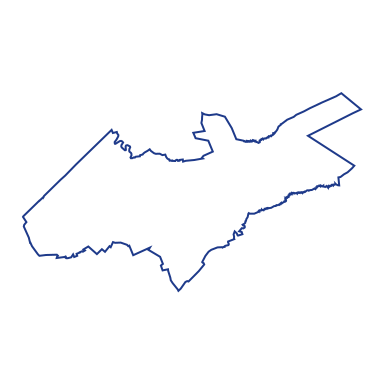 outline of Roerdalen, Limburg, Netherlands
{"feature_id": "6326949B39652859333828", "entity_name": "Roerdalen", "entity_type": "district", "adm_level": 2, "iso_a3": "NLD", "parent_name": "Netherlands", "parent_adm1": "Limburg", "projection": "orthographic", "projection_center": [6.075, 51.145], "detail": "fine", "context": "isolated", "style": "outline", "palette": "blue", "viewbox_px": 384, "rotation_deg": 0, "n_neighbors": 0, "source": "geoboundaries", "source_scale": "gbopen_adm2", "svg_char_len": 6043}
<svg xmlns="http://www.w3.org/2000/svg" viewBox="0 0 384 384"><path d="M76.0,164.5L65.2,175.6L60.5,179.8L44.0,196.0L43.6,196.8L43.6,197.1L43.4,197.4L43.3,197.1L39.3,200.9L39.2,200.8L23.4,216.2L23.0,216.9L26.4,222.1L24.2,224.8L23.8,226.5L28.8,237.6L30.1,242.8L30.4,242.7L32.0,246.2L37.9,254.3L39.4,255.8L46.0,255.0L56.8,254.7L57.9,255.7L57.0,256.9L56.7,258.0L64.5,257.0L65.6,256.5L66.2,257.5L65.7,257.8L66.2,258.2L67.8,258.2L71.2,257.3L73.1,254.4L74.2,257.0L77.2,255.8L76.6,253.8L79.9,252.5L79.8,252.2L82.2,251.2L82.9,251.7L84.9,250.5L83.5,249.4L88.3,246.5L96.9,254.1L101.9,249.2L105.0,251.8L109.5,246.2L110.7,247.2L113.0,242.1L115.1,242.8L120.7,242.6L127.0,244.8L128.3,246.2L129.3,245.7L133.2,255.2L149.9,247.6L148.5,249.9L160.1,256.8L162.9,263.9L160.9,265.5L162.6,270.4L168.0,269.3L168.2,271.0L170.3,277.6L170.8,280.3L172.7,283.2L177.7,289.4L178.4,290.8L180.7,288.7L185.4,282.0L187.2,281.1L188.5,281.5L198.8,271.1L204.2,264.5L203.6,263.1L202.7,262.7L202.2,262.1L205.4,255.9L208.6,251.7L211.3,249.8L217.5,247.4L221.7,247.2L222.6,247.6L223.2,247.0L224.6,246.9L224.6,246.3L225.3,245.8L228.4,245.1L228.7,244.6L228.8,244.0L228.0,242.1L228.1,241.5L234.3,239.1L234.0,238.5L234.1,236.7L233.6,234.4L234.7,231.4L236.8,233.4L237.6,235.3L238.0,235.6L242.4,234.2L241.7,232.0L239.2,231.3L241.8,228.2L243.4,228.4L244.7,227.5L244.8,226.8L244.6,226.0L243.1,225.4L242.6,224.7L244.4,223.7L245.2,222.9L245.4,221.4L245.7,221.4L246.0,220.7L246.4,219.0L247.6,217.2L248.4,213.6L248.8,213.1L249.6,213.7L254.2,213.7L257.9,212.1L258.3,211.5L258.7,211.7L258.7,211.0L259.0,210.7L259.4,210.9L259.3,210.4L259.5,210.3L259.9,210.6L261.2,210.1L261.5,209.6L261.8,210.3L263.0,209.9L263.3,210.3L263.0,210.5L263.4,210.4L263.7,210.3L263.9,209.6L264.9,209.3L264.9,208.9L265.7,209.1L266.2,208.3L266.6,208.5L266.6,208.2L267.4,208.0L268.0,208.3L268.2,208.0L268.6,208.2L271.2,207.8L274.1,206.1L275.8,206.0L276.4,205.1L277.8,205.2L279.1,204.5L279.6,204.8L280.1,203.9L280.6,203.6L280.9,203.8L281.1,203.3L280.9,203.1L281.5,202.6L282.1,203.2L283.9,201.9L284.7,201.9L285.9,201.2L286.1,200.5L285.9,199.7L285.6,199.7L285.8,199.5L285.4,198.6L285.9,198.4L286.1,198.1L285.8,197.7L286.8,197.8L286.7,197.4L287.3,197.3L287.0,197.1L287.1,196.8L288.5,196.4L288.4,195.9L288.5,195.4L288.9,195.4L288.8,195.5L288.9,195.9L289.5,195.5L289.5,194.3L290.1,194.3L289.5,193.9L289.7,193.6L290.4,193.7L290.2,194.1L290.6,194.4L291.1,194.2L291.2,193.5L291.9,193.5L291.8,193.2L291.3,193.2L291.6,192.7L292.3,192.9L292.4,193.4L292.9,193.6L293.4,193.3L293.3,192.9L293.7,192.8L294.4,193.4L294.7,193.1L295.6,193.3L296.2,193.0L296.9,193.5L296.9,192.9L297.6,192.5L298.5,192.9L298.9,192.4L299.4,192.8L299.7,192.6L299.8,192.9L300.0,193.0L300.5,192.4L301.6,192.8L301.8,192.2L302.5,192.3L302.7,192.8L303.2,192.1L304.4,191.9L304.6,191.5L304.9,191.5L304.8,192.0L305.1,191.9L305.1,191.5L305.5,191.5L307.2,190.3L308.9,190.3L309.0,190.6L310.1,190.1L311.8,190.0L313.8,188.9L314.5,188.9L314.6,188.6L315.1,188.9L315.4,188.6L315.6,188.9L316.4,187.7L315.9,187.0L316.9,187.5L317.2,187.1L316.9,186.9L317.5,186.6L317.4,186.2L319.0,186.1L319.2,185.7L319.5,186.0L320.1,185.7L320.5,186.2L320.8,185.5L322.1,186.4L323.0,185.8L322.9,186.3L323.4,186.6L324.4,186.6L325.1,187.0L326.3,186.2L326.4,186.6L327.4,186.4L327.6,186.9L328.0,186.4L328.3,187.1L328.4,186.7L329.1,186.5L328.7,186.4L328.9,186.0L329.3,186.3L329.9,185.8L330.1,185.9L330.0,186.2L330.6,185.7L331.1,185.4L331.2,185.8L331.7,185.5L331.8,185.3L331.5,185.1L331.7,184.9L332.0,185.1L332.4,184.8L333.0,184.8L333.3,185.2L333.5,184.6L334.4,184.8L334.8,184.6L334.9,184.3L335.7,184.3L335.6,183.9L336.1,184.4L338.0,185.3L339.2,185.4L338.4,177.4L340.5,177.0L344.0,174.3L347.6,172.3L352.1,168.2L354.3,165.7L308.0,135.8L352.7,113.3L361.0,109.4L341.3,93.2L336.1,96.3L322.0,102.5L309.9,108.2L303.9,111.4L296.3,114.8L293.7,116.9L287.2,119.7L281.8,123.8L280.8,124.2L280.8,124.8L278.5,126.6L277.3,129.6L275.7,131.8L275.1,132.1L274.9,132.9L273.4,133.1L273.6,133.6L273.0,134.0L272.8,134.5L273.3,134.6L273.1,134.8L272.0,135.2L271.5,135.9L271.2,135.5L270.8,135.5L270.0,136.3L268.9,136.2L268.9,136.7L268.3,136.9L268.4,137.0L268.4,137.5L267.5,137.5L266.3,138.3L266.1,138.1L264.9,138.7L264.2,138.4L263.4,138.9L263.0,138.8L263.0,139.1L262.7,138.9L262.4,139.1L262.3,138.9L261.9,139.4L261.5,139.2L261.4,139.5L260.7,139.7L260.8,140.1L260.4,140.2L260.2,140.7L259.6,140.7L259.5,141.1L259.7,142.3L258.5,142.9L256.7,141.9L256.3,142.0L256.1,141.5L255.3,141.4L255.3,140.9L254.5,141.3L254.0,141.1L254.5,140.9L253.7,140.2L253.2,140.2L253.3,140.6L252.8,140.3L252.6,140.9L252.3,140.9L252.1,141.3L251.5,141.0L251.6,141.3L251.1,141.7L250.5,141.6L249.9,141.1L249.5,141.3L249.8,141.5L249.7,141.7L249.1,141.8L248.8,141.6L248.8,141.3L249.2,141.3L248.9,141.1L248.2,141.5L248.0,141.0L247.2,140.9L247.4,141.5L247.0,141.6L246.8,141.4L246.7,141.7L246.3,141.6L246.2,141.8L245.8,141.8L245.8,141.4L245.0,141.4L245.3,140.6L244.8,141.1L243.8,141.1L243.5,140.7L236.3,139.2L231.7,128.0L224.9,116.7L216.6,114.2L209.1,115.2L204.8,114.4L202.2,113.1L202.4,114.9L202.1,116.9L202.0,119.8L201.4,123.0L204.6,131.0L193.3,132.8L195.6,138.2L208.3,140.7L212.8,151.6L203.5,155.8L201.8,157.9L202.7,158.5L194.3,160.0L185.7,160.8L183.1,161.6L182.8,159.5L179.8,159.9L179.9,160.3L179.6,160.7L178.0,160.9L177.4,159.9L176.7,159.8L175.6,160.4L175.3,161.0L172.1,160.9L172.1,160.5L169.7,160.7L169.5,159.8L169.2,159.8L169.0,159.3L168.5,159.3L167.3,158.5L166.2,157.0L165.3,154.6L162.4,155.1L159.7,153.7L155.7,153.8L154.0,153.2L151.7,151.5L150.8,150.8L149.7,149.3L147.6,150.8L144.6,152.5L143.3,153.6L142.7,154.5L140.1,155.2L139.9,156.3L135.8,156.7L134.8,157.6L134.1,157.3L132.2,158.2L130.9,158.2L130.5,157.5L131.5,155.3L131.4,153.7L130.9,152.8L129.5,151.7L129.2,150.9L129.4,149.0L130.2,147.3L130.0,146.5L127.6,145.2L126.2,145.4L125.8,145.9L125.6,146.7L125.9,149.9L125.6,150.2L124.8,150.2L121.8,147.5L121.3,146.6L121.4,145.2L123.1,142.5L122.2,141.4L121.0,140.9L119.8,141.1L115.5,143.8L115.0,143.8L114.7,143.1L114.7,142.0L116.5,139.6L118.2,136.4L118.4,135.1L117.1,133.3L116.8,132.0L112.9,133.0L111.6,129.9L76.0,164.5Z" fill="none" stroke="#1e3a8a" stroke-width="2"/></svg>